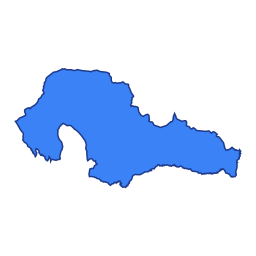 outline of Loeng Nok Tha, Yasothon, Thailand
{"feature_id": "78962969B75091114631629", "entity_name": "Loeng Nok Tha", "entity_type": "district", "adm_level": 2, "iso_a3": "THA", "parent_name": "Thailand", "parent_adm1": "Yasothon", "projection": "mercator", "projection_center": [104.626, 16.21], "detail": "fine", "context": "isolated", "style": "filled", "palette": "blue", "viewbox_px": 256, "rotation_deg": 0, "n_neighbors": 0, "source": "geoboundaries", "source_scale": "gbopen_adm2", "svg_char_len": 5896}
<svg xmlns="http://www.w3.org/2000/svg" viewBox="0 0 256 256"><path d="M217.2,134.3L215.0,132.4L213.5,131.8L212.8,131.9L211.6,133.1L211.1,133.0L209.0,130.9L206.1,131.4L196.4,130.5L195.4,129.1L193.5,127.8L193.1,127.9L191.8,129.0L191.1,129.0L189.0,126.6L187.1,126.1L186.4,125.6L186.6,122.0L185.8,120.8L184.7,120.7L182.0,121.3L177.2,119.2L175.9,117.3L175.9,116.5L174.6,113.5L173.5,116.3L173.1,118.6L173.5,118.9L172.4,121.2L171.5,121.9L170.9,121.7L166.4,125.6L160.2,127.5L158.7,126.7L154.9,125.5L153.8,124.8L152.5,122.2L149.8,121.7L148.7,120.9L149.3,120.2L149.0,116.0L148.8,115.3L147.7,114.3L145.9,114.8L143.4,116.2L142.6,116.3L140.7,114.9L138.9,112.0L138.5,111.0L138.2,107.8L137.6,107.1L135.4,106.4L133.7,106.6L133.2,106.1L132.7,106.1L132.4,105.8L131.1,106.4L130.7,106.0L130.7,104.7L131.8,102.6L131.4,100.4L132.0,99.9L132.1,97.6L132.3,97.3L133.5,96.7L133.5,96.0L131.2,92.6L129.8,88.8L128.7,86.9L128.5,84.4L125.2,83.9L123.0,81.9L120.1,83.0L118.7,82.8L117.0,83.4L115.6,82.6L114.0,82.9L113.0,82.8L112.1,82.3L111.7,81.6L111.3,80.3L111.2,77.3L109.4,75.4L109.2,74.3L109.4,73.6L107.7,72.7L106.1,72.2L100.3,71.6L97.0,70.2L93.6,70.7L90.7,71.8L90.2,71.4L81.9,70.6L77.2,69.6L75.5,70.4L74.5,70.5L73.0,70.3L71.3,69.7L67.1,69.8L64.3,68.8L63.7,69.2L62.3,68.8L61.2,69.6L56.8,71.6L53.4,72.3L47.3,77.1L46.2,78.3L45.5,81.4L44.2,83.0L44.5,83.8L44.4,84.9L43.6,86.1L43.5,87.1L43.8,87.7L42.8,90.2L44.1,93.3L42.3,94.8L40.7,97.7L38.8,98.9L37.6,102.2L35.4,104.6L31.8,107.0L31.1,107.2L30.6,108.6L29.8,108.6L29.3,107.9L28.5,107.8L26.6,108.6L24.9,109.7L24.6,110.8L24.8,112.1L25.7,114.2L25.5,115.3L22.1,117.1L20.2,117.7L18.4,119.2L17.2,120.7L15.4,121.3L17.5,124.4L20.6,130.0L23.2,133.2L23.4,134.2L23.0,136.6L23.2,138.6L22.8,139.7L23.0,140.3L24.5,142.3L25.8,143.0L27.5,144.7L27.5,145.8L27.9,146.5L29.7,147.4L31.3,149.0L31.1,149.6L31.6,149.7L31.6,150.5L32.7,151.4L32.6,151.8L33.1,152.4L32.9,152.7L33.2,152.8L33.4,153.6L34.1,153.9L34.8,155.1L35.3,155.3L35.1,157.3L36.4,154.8L36.5,153.5L36.8,152.9L36.1,151.8L35.7,150.6L36.1,148.7L37.4,149.2L38.6,150.4L39.0,151.1L38.9,152.5L40.8,155.2L41.7,155.3L42.0,154.5L43.2,155.9L44.6,156.4L45.0,157.0L45.0,158.2L45.3,158.9L45.8,159.7L46.1,160.0L46.5,159.9L47.2,160.8L47.6,160.7L48.7,158.9L49.2,157.6L49.1,156.9L49.5,157.2L50.6,159.4L50.7,161.2L51.4,159.8L52.1,159.4L56.1,160.3L57.7,159.6L59.8,159.4L60.2,158.6L60.2,158.0L59.6,157.1L60.9,151.3L62.0,149.7L62.7,146.6L61.7,142.3L59.2,139.2L58.4,137.4L57.8,135.2L57.7,133.4L58.0,131.3L57.6,129.9L58.7,128.7L59.5,126.8L62.9,123.4L64.5,124.0L67.0,125.6L70.5,125.4L72.9,127.4L74.4,129.1L76.0,130.0L78.6,132.3L81.3,135.4L85.0,140.6L86.3,144.1L85.8,148.8L87.0,151.7L86.8,153.1L87.3,159.2L87.7,160.7L88.2,160.5L89.0,159.5L90.0,158.9L91.8,158.7L92.7,159.6L93.4,160.8L94.7,161.1L95.5,160.8L95.7,162.8L97.0,163.8L96.9,164.3L94.6,165.6L93.3,168.5L91.4,168.4L89.8,169.1L89.0,174.3L89.4,176.6L91.2,176.5L93.9,176.8L94.7,177.4L95.9,177.6L96.8,178.4L99.0,178.9L100.0,179.6L100.8,180.9L101.8,181.0L102.3,181.5L103.6,182.0L104.5,181.7L105.2,182.1L106.2,182.1L108.4,183.2L109.0,184.3L110.4,185.3L112.3,183.7L113.0,183.8L113.5,183.3L113.8,183.4L114.5,182.4L115.3,182.4L116.0,183.0L116.1,182.7L116.5,182.7L116.6,182.3L117.1,182.4L117.4,182.1L117.8,182.3L118.2,181.4L118.8,181.6L119.1,181.5L119.2,181.1L120.0,181.2L119.9,181.6L120.2,181.7L120.6,182.4L120.4,182.8L120.9,183.1L120.5,183.5L121.2,183.8L120.7,184.2L120.4,184.0L120.1,184.5L120.8,184.5L120.6,184.9L121.1,185.3L120.8,185.4L120.9,185.7L122.7,187.2L125.4,186.9L125.6,187.1L125.7,186.8L125.9,187.0L126.1,186.3L127.5,185.9L127.2,185.2L128.2,184.7L128.2,183.9L129.0,183.5L129.4,182.9L129.2,182.4L129.5,182.0L129.4,181.5L131.5,179.7L132.4,176.6L133.4,175.2L135.5,174.4L137.3,174.7L140.3,174.6L145.4,171.8L147.7,171.8L148.7,171.5L149.9,170.1L150.9,170.8L151.4,170.4L150.7,170.0L150.9,169.4L152.7,168.6L153.8,168.9L153.8,168.5L154.5,168.3L155.5,166.9L156.8,166.2L157.9,164.8L158.9,164.7L159.1,165.4L159.9,166.0L160.8,165.5L161.6,165.9L162.0,165.6L162.5,165.9L162.9,165.0L163.9,165.6L164.1,165.3L164.4,165.4L164.7,165.0L166.4,165.2L167.1,164.8L169.9,166.0L170.5,165.5L171.4,166.2L173.7,164.8L173.8,165.1L174.1,164.8L174.9,165.0L175.1,165.2L174.9,165.7L175.5,165.7L175.8,166.3L176.3,166.2L177.1,167.0L177.8,166.7L179.0,167.0L179.7,166.4L180.9,166.0L182.4,167.1L183.0,168.0L184.0,167.8L184.5,168.5L185.8,168.4L186.8,168.7L187.4,168.5L188.5,169.3L190.6,168.9L191.0,170.0L192.2,171.1L197.9,171.9L198.2,172.9L198.9,173.2L200.8,173.0L202.0,174.3L203.0,173.7L203.5,173.9L203.9,173.6L204.2,173.9L204.7,173.6L205.0,173.9L206.3,173.3L206.5,173.6L207.0,173.3L208.7,173.5L209.2,173.5L209.4,173.2L209.5,173.4L210.1,173.2L210.3,173.5L210.7,173.1L211.8,173.8L211.8,173.3L213.1,173.6L214.6,172.9L214.9,173.3L215.7,173.2L216.3,172.9L216.4,173.0L216.8,172.5L217.3,172.8L217.7,172.4L217.9,172.6L218.5,171.5L219.7,171.1L220.0,170.4L220.4,170.5L221.0,170.1L220.6,169.3L221.8,169.2L222.3,169.4L222.6,168.8L223.2,169.1L223.7,169.1L224.5,170.5L225.3,171.1L225.2,171.6L225.8,173.0L228.4,173.7L229.0,174.3L229.5,174.3L230.5,176.0L231.4,176.9L232.2,176.5L232.9,177.0L233.4,177.0L233.9,176.5L235.0,176.6L236.2,175.1L236.2,174.0L235.6,173.1L236.0,172.2L235.8,171.4L236.8,168.1L237.1,165.0L236.8,163.6L237.1,162.8L236.9,162.4L237.3,162.2L236.7,161.8L236.7,161.4L237.1,160.3L239.1,158.8L239.3,157.9L239.0,157.8L239.0,157.4L239.6,156.4L239.9,156.3L240.1,155.6L239.6,154.8L240.0,154.8L240.2,153.9L239.9,153.6L240.5,153.4L240.2,153.1L240.2,152.7L239.8,152.5L240.6,151.6L240.6,151.1L240.0,151.0L240.0,150.7L239.6,150.8L239.5,150.2L239.3,150.6L239.1,150.4L238.6,150.6L237.2,150.4L236.3,149.9L235.7,150.3L235.3,150.2L235.3,149.8L234.7,149.6L234.4,149.1L233.0,148.5L232.7,147.7L232.3,147.4L231.6,147.5L231.2,148.3L230.7,148.3L230.0,149.3L229.2,149.2L228.3,149.9L227.3,149.8L226.6,150.3L226.1,150.3L224.8,148.1L223.5,142.7L219.4,137.4L218.6,136.8L217.3,136.7L216.4,136.2L216.5,135.2L217.2,134.3Z" fill="#3b82f6" stroke="#1e3a8a" stroke-width="1.5"/></svg>